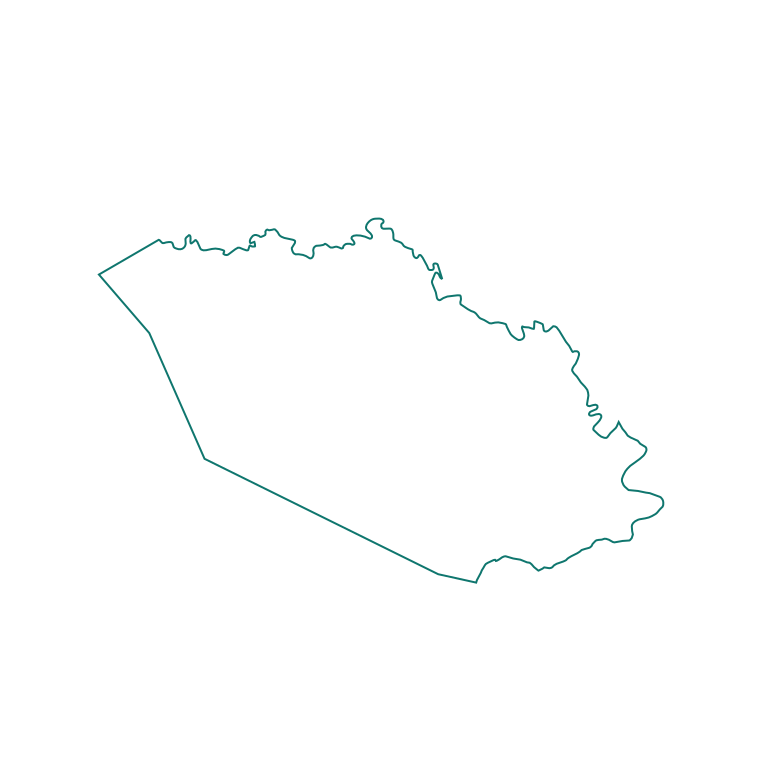 outline of San Matias, El Paraíso, Honduras, rotated 206°
{"feature_id": "27666195B8791216164524", "entity_name": "San Matias", "entity_type": "district", "adm_level": 2, "iso_a3": "HND", "parent_name": "Honduras", "parent_adm1": "El Paraíso", "projection": "albers", "projection_center": [-86.656, 13.953], "detail": "fine", "context": "isolated", "style": "outline", "palette": "teal", "viewbox_px": 768, "rotation_deg": 206, "n_neighbors": 0, "source": "geoboundaries", "source_scale": "gbopen_adm2", "svg_char_len": 6141}
<svg xmlns="http://www.w3.org/2000/svg" viewBox="0 0 768 768"><g transform="rotate(206 384 384)"><path d="M156.4,452.7L156.2,447.9L156.4,446.1L159.0,439.1L159.9,434.3L160.4,433.2L161.4,432.6L162.6,432.2L165.7,431.9L168.9,432.5L175.6,434.6L176.0,435.0L176.4,435.9L176.6,437.9L175.0,442.9L174.2,446.0L174.1,449.1L174.6,450.4L175.2,451.0L176.0,451.4L177.6,451.3L180.1,449.7L182.3,447.5L183.6,446.5L184.8,446.0L186.0,446.2L186.4,446.6L186.7,447.3L186.6,448.9L186.0,449.9L182.1,454.5L181.8,456.4L182.5,457.8L183.3,458.2L184.8,458.1L186.8,456.7L189.5,454.2L190.9,453.8L192.1,454.1L192.6,454.6L195.2,463.2L196.8,465.7L198.6,467.7L199.8,468.4L202.4,469.7L207.7,471.7L213.8,475.2L218.0,476.8L220.6,478.4L221.2,479.4L221.4,481.1L221.2,483.5L220.6,486.5L220.8,491.7L221.4,495.3L221.8,496.4L222.6,497.4L223.7,498.0L225.0,498.0L227.2,496.9L228.3,495.6L229.2,495.8L234.2,499.4L239.0,501.7L249.9,508.7L253.7,510.6L255.4,510.7L257.2,510.1L259.6,504.1L260.9,502.5L262.1,501.9L263.1,501.9L264.0,502.4L267.2,506.9L267.7,507.3L270.2,507.3L273.5,507.0L275.4,506.7L276.1,506.3L276.2,506.0L273.7,500.2L273.6,499.2L275.2,498.7L278.7,498.3L282.4,496.8L283.8,496.4L284.6,496.5L284.9,496.3L284.9,495.5L284.5,494.7L280.3,490.5L279.2,489.0L278.8,488.1L278.8,486.4L279.4,484.9L280.8,483.4L282.4,482.5L284.2,482.5L287.1,482.9L290.1,483.6L292.1,484.4L295.4,486.7L298.6,489.2L300.3,490.9L301.0,491.2L303.9,490.7L308.3,489.5L311.2,487.8L314.1,485.5L315.8,484.9L322.0,485.4L326.2,485.2L327.9,485.6L332.1,487.6L333.7,488.0L335.0,488.1L337.7,487.8L341.5,488.0L349.3,489.1L350.1,489.3L350.7,490.0L351.3,491.1L351.7,493.1L352.1,494.2L353.5,496.4L354.2,496.9L355.2,496.7L356.9,495.9L365.4,490.4L368.3,487.3L370.2,484.2L371.0,483.6L372.0,483.5L372.9,483.7L374.1,484.5L377.6,489.1L384.4,495.2L385.6,496.6L386.0,497.9L386.5,504.5L386.5,506.2L386.2,506.8L385.3,507.2L383.9,507.0L382.6,506.4L380.9,504.9L379.6,504.1L378.5,503.9L378.2,504.4L388.1,514.9L389.0,515.2L390.2,515.0L391.0,514.7L391.9,513.9L392.0,513.4L391.9,512.7L390.2,510.3L390.0,509.5L390.0,508.6L390.4,507.9L391.1,507.4L392.9,506.5L393.8,506.5L394.9,507.1L397.1,509.1L404.5,514.4L407.0,515.7L408.0,515.8L408.7,515.4L409.0,514.8L409.0,513.4L409.5,511.9L410.2,511.3L411.2,511.2L412.8,511.7L413.8,512.4L416.2,515.5L416.9,516.9L417.4,517.3L418.2,517.3L421.9,516.7L425.1,516.5L426.8,516.8L429.1,518.1L430.6,518.5L433.3,518.4L437.0,517.9L438.3,518.1L438.9,518.5L439.6,519.4L441.2,522.6L442.1,523.9L443.7,525.6L445.1,526.4L446.1,526.5L447.4,526.0L452.3,523.4L453.4,523.2L454.3,523.3L455.5,524.3L456.3,526.1L456.3,527.1L455.5,528.5L455.5,529.5L455.8,530.2L456.9,531.1L458.8,531.2L460.5,530.7L463.5,529.2L465.3,528.1L466.6,526.9L467.7,525.4L468.6,523.5L469.2,521.4L469.4,519.5L469.0,517.2L468.5,516.3L467.6,515.4L466.6,514.8L462.1,513.4L460.0,512.2L459.5,511.5L459.1,510.5L459.2,509.8L459.5,509.1L460.4,508.4L465.7,508.1L470.2,507.1L474.0,505.5L476.3,503.9L477.3,502.3L477.3,501.5L477.1,500.7L476.4,500.1L474.5,499.3L472.9,498.3L472.2,497.5L472.1,496.7L472.5,496.0L473.2,495.5L474.0,495.2L475.6,495.2L476.7,494.8L478.5,493.9L479.8,492.9L480.6,491.3L480.9,489.9L480.5,488.4L481.2,487.4L481.8,487.1L484.3,487.0L486.6,486.7L487.9,486.0L489.9,484.2L491.7,483.3L492.6,483.3L496.8,484.2L498.3,484.2L498.7,483.9L499.2,482.8L499.9,482.1L502.2,480.4L505.5,478.5L506.5,476.9L506.8,475.3L506.3,473.2L504.5,470.5L503.8,468.2L503.9,466.3L504.3,465.5L504.9,464.8L506.0,464.4L510.1,464.8L513.4,464.5L517.6,463.2L520.3,461.8L521.9,461.8L523.1,462.2L524.3,463.1L525.6,464.4L526.5,465.8L525.9,471.6L526.3,473.0L526.9,473.7L527.8,473.8L529.1,473.7L537.6,471.6L540.6,471.4L542.1,471.6L543.4,472.0L546.3,473.9L548.1,474.6L549.5,475.1L550.3,475.0L550.9,474.7L552.1,473.6L554.5,471.9L555.2,471.7L556.4,471.7L557.0,471.2L557.4,470.2L557.4,468.9L556.3,467.1L556.1,465.9L557.1,464.4L558.9,462.4L559.7,462.0L561.5,462.3L564.2,461.9L565.7,461.1L566.8,459.7L567.3,457.9L567.6,455.8L567.4,454.1L566.8,452.8L566.1,452.2L565.6,452.1L562.8,454.9L561.3,453.1L560.3,451.3L560.4,451.0L562.4,449.9L563.4,449.7L564.8,449.8L565.3,449.5L565.4,449.1L564.8,444.9L564.9,444.6L565.6,444.1L566.4,443.8L569.8,443.4L573.4,443.2L575.0,442.5L576.7,440.0L580.8,432.0L581.8,431.0L583.5,430.4L585.2,430.5L585.6,431.1L585.6,432.7L585.9,433.4L586.3,433.7L588.2,433.6L591.1,433.1L594.9,431.8L597.9,429.9L602.5,426.3L604.9,425.0L607.0,424.7L608.3,425.1L613.9,429.8L616.1,430.8L616.5,430.7L616.8,430.4L617.4,428.6L618.6,426.1L619.0,425.8L619.4,425.8L620.4,427.0L621.6,429.9L622.7,431.8L623.6,432.4L624.5,432.3L625.9,429.1L626.1,427.7L626.0,427.2L623.7,423.1L623.4,421.9L623.3,420.6L623.5,419.3L624.0,418.1L624.6,417.1L626.0,415.9L627.8,415.1L630.0,414.7L631.9,414.6L633.1,415.0L635.8,417.8L637.1,418.2L638.3,417.9L639.7,417.2L641.8,415.8L643.7,414.1L644.8,413.6L645.6,413.7L648.8,414.9L649.7,414.8L688.2,357.4L617.3,326.9L512.5,238.1L251.9,236.8L214.1,245.9L214.5,248.4L214.2,256.6L214.4,259.4L214.1,262.1L213.9,265.2L213.6,266.8L212.4,268.7L208.3,273.8L207.1,274.7L206.6,274.6L205.9,274.0L205.2,274.5L203.6,276.8L201.8,280.1L200.4,281.7L199.1,282.5L191.4,283.8L184.4,285.9L177.3,286.4L174.7,287.2L172.4,286.7L168.9,285.2L163.8,284.0L163.3,284.0L160.6,287.5L159.6,289.4L154.7,290.9L153.2,292.0L152.4,293.1L151.7,295.5L150.0,298.1L145.1,303.0L143.7,304.7L143.1,305.6L142.5,307.5L141.8,308.8L140.1,311.4L136.1,316.6L134.5,319.2L133.6,321.4L131.0,323.9L127.9,326.6L127.1,327.6L126.4,329.4L126.4,331.6L126.0,333.0L125.2,335.5L124.6,336.6L122.7,338.0L120.0,339.6L118.1,341.5L116.6,342.2L113.7,342.6L108.9,342.3L107.4,342.7L100.8,347.5L94.9,350.9L94.5,351.5L93.8,354.0L94.3,357.8L96.5,360.6L98.9,364.7L99.3,366.2L99.1,368.3L98.1,370.7L96.1,373.4L94.9,374.5L90.4,377.7L87.5,380.1L85.3,382.7L82.9,386.2L82.1,388.1L81.1,392.2L79.8,395.9L80.0,397.7L81.0,399.9L81.9,401.2L83.1,402.3L85.4,403.4L86.6,403.5L97.3,402.4L101.0,401.2L108.8,399.2L117.7,395.9L122.7,397.3L124.6,398.3L127.2,400.6L127.9,401.7L128.5,403.0L128.9,406.4L128.8,411.3L128.1,414.6L126.8,418.4L121.2,428.9L119.4,433.3L119.0,435.1L118.9,437.5L119.0,439.2L119.5,440.4L120.3,441.4L121.3,442.0L127.5,442.6L131.0,444.2L138.9,444.0L142.3,444.4L145.8,446.4L150.1,448.3L156.4,452.7Z" fill="none" stroke="#0f766e" stroke-width="2"/></g></svg>